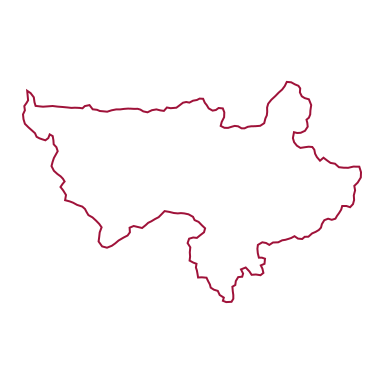 the district of Itambé do Mato Dentro, Minas Gerais, Brazil
{"feature_id": "56859067B50923424143790", "entity_name": "Itambé do Mato Dentro", "entity_type": "district", "adm_level": 2, "iso_a3": "BRA", "parent_name": "Brazil", "parent_adm1": "Minas Gerais", "projection": "orthographic", "projection_center": [-43.352, -19.41], "detail": "fine", "context": "isolated", "style": "outline", "palette": "rose", "viewbox_px": 384, "rotation_deg": 0, "n_neighbors": 0, "source": "geoboundaries", "source_scale": "gbopen_adm2", "svg_char_len": 3553}
<svg xmlns="http://www.w3.org/2000/svg" viewBox="0 0 384 384"><path d="M350.1,207.2L353.0,204.1L354.1,200.0L353.8,195.4L355.1,190.3L354.3,185.9L357.7,182.6L360.8,177.5L361.0,172.2L359.3,166.7L353.4,166.6L348.2,167.8L343.5,167.7L338.9,167.2L335.0,163.7L330.5,162.9L327.4,160.7L323.5,157.7L320.0,160.7L316.9,157.1L315.1,153.7L314.3,149.7L312.3,147.0L308.7,146.7L305.0,147.2L300.4,147.9L296.9,145.7L294.1,142.2L292.9,138.1L294.0,132.2L297.1,133.0L300.7,132.8L305.0,130.8L307.7,126.7L307.3,122.9L306.5,119.7L308.9,117.7L310.2,114.5L310.4,110.5L311.2,105.1L308.9,99.3L304.7,98.1L301.8,96.3L299.9,92.4L300.2,88.4L298.4,85.8L295.0,84.4L291.2,82.3L286.8,81.9L284.8,86.0L282.2,89.5L278.6,92.7L275.3,96.1L271.3,99.8L268.2,103.7L267.1,107.5L267.2,112.0L266.8,115.4L265.4,118.4L264.2,123.2L260.2,125.8L255.3,126.2L251.1,126.3L247.8,126.8L244.6,128.3L241.5,128.3L238.1,126.3L234.7,125.9L231.5,126.8L228.0,127.9L224.4,127.8L220.7,125.9L221.7,122.0L224.1,117.2L224.3,112.3L222.8,108.4L218.6,108.0L215.9,110.0L212.6,110.6L208.7,108.4L206.7,105.1L204.8,102.7L203.1,98.8L199.6,98.6L196.9,100.0L193.0,100.7L189.4,102.6L186.2,102.0L183.0,102.7L179.6,105.3L176.4,107.7L170.7,108.2L166.9,107.5L163.9,110.9L160.4,110.4L156.4,109.4L151.9,110.2L147.5,112.3L143.3,111.4L140.4,109.6L137.6,108.8L134.5,108.9L131.1,108.7L127.9,108.6L124.0,108.9L120.1,109.4L116.2,109.4L111.6,110.3L107.2,111.7L103.2,111.3L99.8,111.0L97.0,109.8L92.7,109.3L89.5,105.1L84.8,106.1L82.5,108.3L79.4,107.9L74.9,107.7L71.4,107.9L67.9,107.5L62.7,107.0L57.5,106.6L52.6,106.0L47.3,106.4L43.0,106.7L39.9,106.4L35.6,105.9L34.5,102.3L33.8,97.3L30.6,93.1L27.2,90.8L27.7,96.1L28.1,100.3L26.5,103.0L24.3,106.1L24.9,110.3L23.0,114.4L23.5,119.2L24.9,123.8L28.5,127.4L32.0,130.5L35.0,133.2L36.6,136.8L39.4,138.3L42.2,139.3L45.4,140.3L48.3,138.1L49.7,134.4L52.7,136.1L53.4,140.2L53.7,144.3L56.4,147.2L57.7,151.2L55.8,154.6L53.9,158.0L52.6,161.9L51.5,166.1L53.9,170.8L57.4,174.0L60.7,176.4L62.9,178.7L64.6,181.5L62.6,183.9L60.5,187.0L63.1,190.3L66.0,195.0L65.1,200.2L69.7,201.4L73.1,202.7L77.1,204.9L82.3,206.6L85.0,209.0L86.5,211.9L88.4,215.1L92.5,217.4L96.0,220.6L99.2,223.9L101.6,227.3L99.7,232.4L99.2,237.0L98.6,241.5L102.1,246.4L107.0,247.7L111.8,245.8L115.2,243.4L118.6,240.5L123.7,237.5L127.6,235.5L129.9,232.3L129.6,227.7L133.7,226.0L137.9,227.0L142.1,228.0L145.6,225.2L148.2,222.8L151.3,221.3L155.1,219.0L158.6,217.2L161.5,214.3L164.6,211.1L169.3,211.9L173.8,213.0L177.8,213.4L180.9,213.1L184.2,213.4L188.5,214.3L193.0,216.8L194.6,220.1L198.6,221.9L202.0,225.4L205.1,228.3L204.0,232.3L200.1,235.3L196.9,237.9L193.2,237.5L189.1,238.7L187.6,243.1L190.3,247.3L189.8,252.4L190.1,256.5L189.6,260.6L193.3,262.6L196.5,263.8L195.9,267.5L196.9,270.5L197.6,274.5L198.1,277.5L201.7,277.3L206.5,277.7L208.2,281.3L209.9,284.5L210.7,287.6L213.9,289.7L217.8,290.9L219.7,295.0L223.8,297.6L222.9,300.8L226.2,302.1L231.5,301.8L233.3,298.8L233.3,295.0L232.8,291.4L232.4,286.7L235.3,285.0L235.8,281.1L238.2,277.1L242.2,276.7L243.1,273.6L241.0,269.4L245.7,267.5L249.4,271.4L251.6,274.8L255.9,274.5L260.5,275.2L263.4,272.9L262.4,268.6L260.8,265.4L264.5,263.8L265.0,258.7L262.0,257.7L258.9,257.7L257.8,253.2L257.4,248.7L257.9,244.9L262.3,242.3L266.1,243.0L269.3,244.9L273.0,242.5L278.2,242.3L282.2,240.3L285.4,239.8L288.4,238.9L291.2,238.0L294.5,236.2L298.0,238.6L302.2,239.0L304.7,236.8L308.4,236.7L312.1,233.4L315.6,231.9L318.8,230.0L321.0,227.6L321.9,224.1L324.3,220.2L328.1,218.7L331.8,219.8L335.4,218.7L337.0,215.9L339.1,213.0L341.2,209.6L342.2,206.0L346.4,206.0L350.1,207.2Z" fill="none" stroke="#9f1239" stroke-width="2"/></svg>